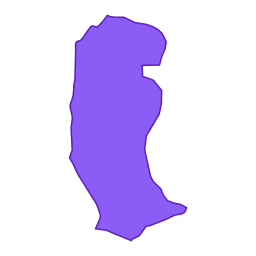 Tashi Yangtse, Equal Earth projection
{"feature_id": "BTN-2484", "entity_name": "Tashi Yangtse", "entity_type": "District", "adm_level": 1, "iso_a3": "BTN", "parent_name": "Bhutan", "parent_adm1": "", "projection": "equal_earth", "projection_center": [91.488, 27.679], "detail": "fine", "context": "isolated", "style": "filled", "palette": "violet", "viewbox_px": 256, "rotation_deg": 0, "n_neighbors": 0, "source": "natural_earth", "source_scale": "10m", "svg_char_len": 999}
<svg xmlns="http://www.w3.org/2000/svg" viewBox="0 0 256 256"><path d="M107.4,15.4L110.1,16.5L114.1,17.2L124.0,17.3L134.9,22.6L146.0,24.3L152.0,26.3L157.7,29.4L162.1,33.4L166.2,41.7L165.1,48.8L161.9,56.0L159.5,65.0L142.2,65.4L142.6,76.4L153.3,80.2L161.6,90.4L161.4,103.5L159.1,114.4L146.4,135.7L144.6,149.6L150.5,176.2L153.1,181.4L160.8,188.8L163.2,194.9L167.5,200.7L173.7,203.0L180.4,204.4L186.5,207.6L186.4,208.3L185.7,210.3L184.2,212.6L182.1,213.8L174.7,215.1L165.3,219.7L149.3,225.8L146.2,226.1L140.0,234.8L138.8,236.0L132.2,239.1L131.3,240.6L106.0,230.2L95.5,228.8L99.9,218.7L100.4,215.5L100.1,214.1L96.7,204.3L77.8,174.1L72.9,163.5L69.5,157.8L72.2,150.0L71.1,128.0L72.3,119.2L72.2,116.4L70.4,108.1L70.1,105.5L70.7,102.9L71.8,100.3L73.1,96.1L73.7,90.0L73.7,86.0L74.9,79.8L75.7,49.7L75.5,45.5L75.8,43.4L76.6,41.7L77.8,41.2L79.1,41.0L80.3,40.5L81.7,39.3L90.4,27.0L91.9,25.9L93.2,26.0L95.9,26.9L97.2,26.7L98.6,25.9L102.6,21.6L107.4,15.4Z" fill="#8b5cf6" stroke="#5b21b6" stroke-width="1.5"/></svg>